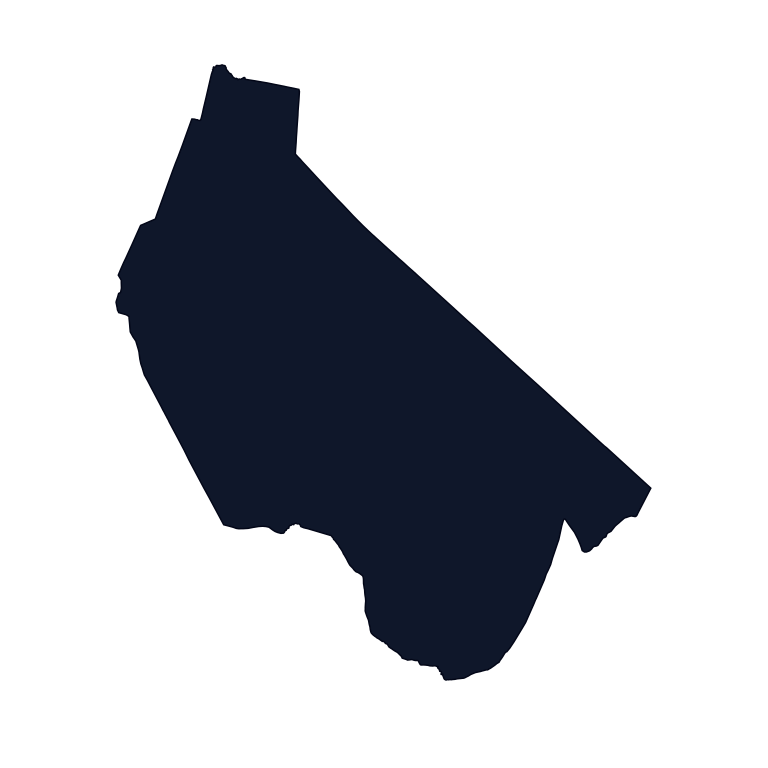 Kajiado South, Rift Valley, Kenya (Mercator projection), rotated 193°
{"feature_id": "3690345B92214929535535", "entity_name": "Kajiado South", "entity_type": "district", "adm_level": 2, "iso_a3": "KEN", "parent_name": "Kenya", "parent_adm1": "Rift Valley", "projection": "mercator", "projection_center": [37.518, -2.686], "detail": "fine", "context": "isolated", "style": "filled", "palette": "ink", "viewbox_px": 768, "rotation_deg": 193, "n_neighbors": 0, "source": "geoboundaries", "source_scale": "gbopen_adm2", "svg_char_len": 6171}
<svg xmlns="http://www.w3.org/2000/svg" viewBox="0 0 768 768"><g transform="rotate(193 384 384)"><path d="M100.6,342.5L152.9,372.0L155.3,373.1L161.6,376.6L230.4,415.7L264.9,434.9L275.2,440.8L308.5,459.8L317.5,464.7L338.4,476.5L375.6,497.3L377.5,498.4L387.4,503.8L392.1,506.5L397.2,509.2L403.6,512.8L407.3,514.8L424.6,524.5L425.1,524.8L430.2,527.6L434.3,530.0L440.8,533.9L446.4,537.4L452.2,541.1L464.9,549.6L471.7,553.9L482.6,561.2L497.4,571.2L504.4,576.0L511.8,581.0L514.0,582.5L516.1,584.1L519.1,586.0L522.1,588.1L522.6,590.8L523.9,599.1L524.9,604.8L525.7,610.0L526.6,615.3L528.3,626.2L529.2,630.9L530.8,641.6L531.6,646.3L532.2,649.9L533.2,651.9L565.1,651.1L577.3,650.4L584.2,649.9L587.7,649.7L588.1,650.4L588.6,651.2L589.1,651.2L589.6,651.0L590.0,650.7L590.4,650.1L591.0,649.6L591.4,649.4L591.9,648.8L592.5,648.6L593.8,648.6L594.2,648.1L594.7,647.7L595.1,648.0L595.4,648.3L595.9,648.4L596.5,648.6L596.8,648.3L597.3,648.3L597.8,648.1L599.1,648.6L600.2,649.2L600.9,649.4L601.1,650.0L601.4,650.4L602.6,651.3L602.9,651.8L603.4,651.9L604.0,651.9L604.5,652.0L605.5,652.7L606.5,653.7L607.6,654.3L607.9,654.8L608.7,655.5L608.8,655.9L609.0,656.7L610.0,657.7L610.4,658.3L611.6,658.4L612.4,658.3L613.5,658.5L614.1,658.2L614.6,657.7L615.2,657.6L615.6,657.2L616.1,657.2L616.7,657.0L618.5,656.8L619.1,656.4L619.0,655.8L619.2,655.2L620.6,654.5L621.3,654.6L621.5,654.2L621.5,653.7L621.1,653.0L621.5,652.4L621.3,652.0L621.6,651.5L621.2,651.1L621.3,650.4L621.3,649.8L621.7,649.3L621.6,648.8L621.7,648.0L621.8,646.8L621.8,622.6L621.9,611.4L621.8,607.4L621.9,601.7L622.1,599.8L622.6,599.4L623.8,599.2L624.3,599.2L625.2,599.5L626.3,599.3L627.6,599.4L628.8,599.4L629.3,599.1L629.7,599.2L630.8,599.0L630.9,598.4L634.2,570.7L635.8,558.6L636.8,552.2L637.9,543.9L643.4,498.2L643.9,493.3L656.8,483.8L657.2,482.0L661.0,462.6L663.5,450.4L663.9,448.4L664.9,444.1L666.2,437.3L667.4,430.3L663.3,426.0L662.8,423.7L661.4,418.4L661.3,416.9L661.3,414.5L661.4,413.7L662.4,413.0L662.9,412.5L663.0,411.3L663.1,408.9L663.5,404.4L663.4,403.2L661.0,397.9L660.4,396.3L659.6,395.3L658.5,393.9L650.9,393.5L649.4,393.1L647.6,392.3L647.2,390.7L645.5,385.6L643.9,380.6L643.1,378.1L642.8,377.5L639.0,373.3L635.5,370.1L631.0,362.2L630.0,360.2L628.5,356.1L627.4,353.2L625.4,348.9L623.1,345.2L621.2,341.8L619.5,338.9L615.0,334.0L610.5,328.7L596.0,311.9L593.1,308.4L592.3,307.6L590.1,305.0L589.1,303.9L587.6,302.1L586.2,300.6L584.6,298.5L573.6,285.9L564.1,274.9L556.6,265.7L547.3,255.0L536.0,242.0L529.0,234.2L508.5,210.8L504.5,210.7L498.9,210.5L495.4,210.1L493.1,210.3L488.6,211.4L483.9,212.8L479.2,214.9L474.0,217.0L470.3,218.1L466.9,218.6L463.8,218.6L459.5,216.7L456.9,215.8L454.2,215.4L450.7,215.3L450.3,215.5L449.9,215.6L449.5,215.8L448.7,215.9L448.0,216.6L447.7,217.3L447.4,218.8L446.8,219.2L446.4,219.5L446.4,220.2L446.2,220.8L445.7,221.3L444.6,222.0L444.3,222.3L444.5,223.8L444.2,224.5L443.9,224.9L443.2,225.2L442.6,225.6L442.4,226.1L442.2,226.6L441.6,226.7L440.9,226.5L440.3,226.7L440.2,227.3L439.8,227.8L438.5,228.5L438.1,228.5L437.5,228.3L436.9,228.2L435.7,228.6L435.2,228.5L434.7,228.4L433.8,227.6L433.4,227.3L433.3,226.8L432.9,226.4L429.8,225.9L425.6,225.9L401.3,224.4L399.7,223.0L399.1,222.7L398.7,222.3L398.3,221.5L397.8,221.1L396.8,220.6L393.4,217.8L392.4,217.1L390.7,215.1L389.8,214.4L387.6,212.3L386.5,211.1L385.3,209.4L384.3,208.5L381.1,205.1L378.8,202.3L376.8,200.1L376.2,199.6L375.1,198.9L372.8,197.4L371.3,196.1L369.3,194.9L368.7,194.7L366.9,194.5L364.9,193.8L362.2,192.6L361.1,191.7L360.7,190.7L360.2,189.5L359.8,188.0L359.0,184.8L358.4,183.5L357.4,180.8L356.7,179.4L356.3,178.1L355.9,176.7L355.0,174.0L353.9,171.3L353.0,168.4L352.8,167.0L352.7,166.2L352.0,162.1L351.6,160.5L351.4,159.2L351.2,158.6L350.9,157.9L348.7,154.3L347.9,153.1L346.6,151.3L346.1,150.6L345.3,148.9L344.7,147.4L344.0,145.9L343.1,144.3L342.0,141.3L341.6,140.6L341.0,139.4L340.2,138.4L339.0,137.6L337.7,136.8L337.1,136.6L336.4,136.2L335.2,135.8L333.9,135.1L331.7,134.5L330.3,133.9L328.4,133.1L327.8,132.8L327.0,133.0L326.5,133.0L326.0,132.9L325.2,132.5L324.6,131.8L324.0,131.5L322.6,131.3L322.2,131.1L321.8,130.8L320.0,128.9L313.6,126.4L310.5,125.5L305.7,122.5L304.6,121.0L301.2,120.7L300.0,120.6L299.2,120.3L298.7,120.4L297.5,120.8L295.2,121.7L294.7,121.8L292.4,121.6L290.9,121.7L290.4,121.8L289.8,122.0L289.1,122.1L288.6,122.1L288.3,121.9L287.9,121.5L287.1,120.4L285.7,118.9L285.2,118.6L284.1,118.7L282.3,119.2L281.5,119.3L280.4,119.5L278.7,119.7L277.7,119.8L276.1,119.7L275.4,119.8L273.1,120.2L272.5,120.4L271.7,120.7L271.1,120.9L270.6,121.0L270.0,120.9L269.5,120.7L267.9,120.8L268.0,120.0L267.8,119.5L266.8,118.8L266.2,118.5L265.8,118.1L265.3,117.0L265.0,116.6L263.6,116.6L263.2,116.2L263.1,115.7L263.2,114.3L263.0,113.9L262.5,113.9L262.1,114.3L261.5,114.4L261.3,113.9L261.2,113.4L260.9,113.0L260.1,111.8L259.4,110.7L258.9,110.1L258.3,109.8L257.2,109.5L256.7,109.6L256.1,110.0L255.3,110.3L254.6,110.3L253.4,110.8L251.6,111.1L250.3,111.7L249.7,111.8L248.3,112.3L246.4,113.2L241.1,115.0L240.0,115.4L239.0,116.1L237.5,117.4L236.2,118.4L234.0,120.6L232.7,121.5L230.2,123.3L229.0,123.9L225.3,125.6L223.6,126.6L222.2,127.3L220.4,128.3L219.9,128.5L219.0,128.7L218.6,128.9L217.3,130.2L216.2,131.1L215.7,131.7L213.7,133.9L212.8,134.9L211.2,137.0L209.5,138.6L209.2,139.1L208.9,140.4L208.7,141.0L208.0,142.5L207.0,145.1L205.8,148.8L205.2,149.9L204.7,150.4L204.1,150.8L202.0,155.0L199.3,162.2L194.8,175.9L192.4,183.4L188.5,203.7L187.8,208.0L187.5,209.0L183.8,229.0L183.6,231.0L183.2,235.3L182.2,239.5L181.0,245.5L180.7,251.9L179.0,269.0L178.7,271.6L178.9,285.7L178.6,291.4L178.4,292.2L178.2,292.8L177.5,293.1L176.7,292.9L174.9,291.1L171.6,288.0L165.0,282.3L160.1,276.5L157.2,272.5L155.1,269.3L153.4,266.3L150.9,265.4L148.9,265.9L146.2,267.7L144.6,270.0L143.9,271.7L142.8,273.0L140.6,273.9L139.3,274.9L136.3,282.4L135.7,283.4L135.1,283.8L134.6,284.1L134.2,284.4L133.6,284.9L133.3,285.7L133.2,287.0L133.1,287.9L132.6,289.0L129.7,291.5L128.6,293.8L127.2,296.8L126.6,297.9L125.3,299.7L123.7,301.8L123.1,302.7L119.8,307.2L119.4,307.6L119.0,307.9L118.0,308.4L115.5,310.0L113.6,311.0L113.1,311.1L109.5,311.3L108.9,311.7L108.5,312.1L108.2,312.7L108.0,313.2L107.5,315.6L100.6,342.5Z" fill="#0f172a" stroke="#020617" stroke-width="1.5"/></g></svg>